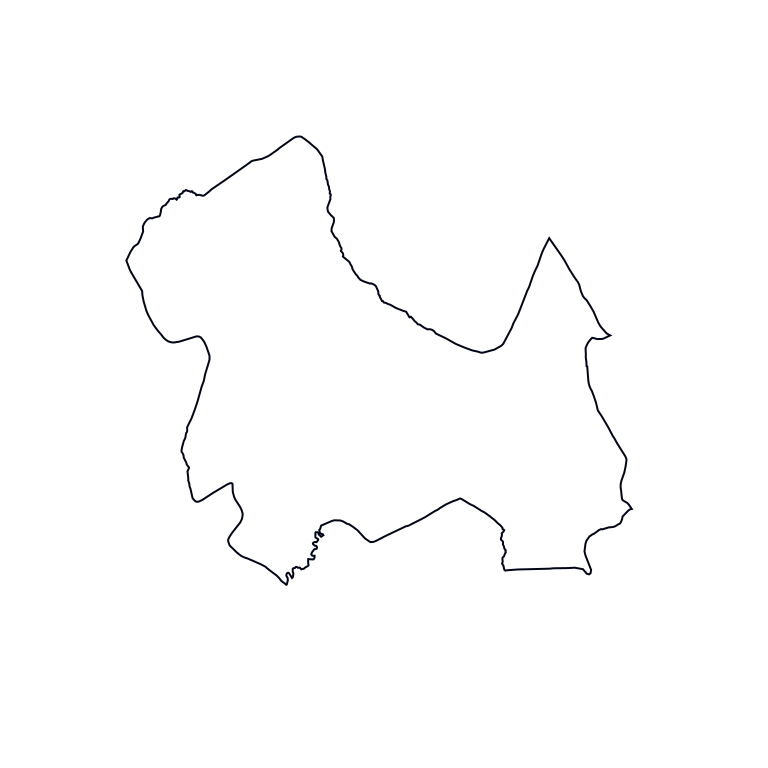 the district of Prasat Ballangk, Kâmpóng Thum, Cambodia, rotated 332°
{"feature_id": "14789045B6687253744380", "entity_name": "Prasat Ballangk", "entity_type": "district", "adm_level": 2, "iso_a3": "KHM", "parent_name": "Cambodia", "parent_adm1": "Kâmpóng Thum", "projection": "robinson", "projection_center": [104.812, 13.075], "detail": "fine", "context": "isolated", "style": "outline", "palette": "ink", "viewbox_px": 768, "rotation_deg": 332, "n_neighbors": 0, "source": "geoboundaries", "source_scale": "gbopen_adm2", "svg_char_len": 6166}
<svg xmlns="http://www.w3.org/2000/svg" viewBox="0 0 768 768"><g transform="rotate(332 384 384)"><path d="M544.1,610.7L543.6,605.8L543.0,603.2L540.8,599.8L540.2,598.5L540.3,596.8L543.1,590.0L544.4,586.3L546.2,583.2L548.6,580.5L554.5,575.1L558.4,570.5L562.4,565.0L562.9,563.5L563.1,561.1L562.0,546.3L561.9,540.1L561.6,537.4L561.7,528.1L561.1,514.4L560.4,507.8L562.4,500.1L563.6,492.9L564.3,487.3L564.2,485.5L564.5,481.9L565.4,478.5L567.0,474.6L571.7,463.9L571.2,463.4L573.1,459.4L574.7,455.1L576.4,452.1L578.2,448.2L578.9,446.9L581.6,444.6L583.9,443.1L587.6,441.5L588.7,441.3L589.4,440.9L590.4,441.6L593.3,444.4L597.9,446.7L599.6,447.0L606.6,447.3L604.3,443.8L602.2,435.0L602.0,430.5L603.0,418.8L602.9,414.4L602.3,405.1L601.4,402.7L600.9,399.9L601.4,394.5L603.0,387.8L603.0,385.0L602.3,379.7L601.5,369.6L601.4,359.7L600.9,353.9L598.3,332.8L588.0,340.0L584.9,342.5L574.9,351.8L570.3,355.1L565.8,358.8L557.5,366.6L554.4,368.8L535.2,385.4L526.7,391.2L522.8,394.6L508.2,404.5L505.5,405.3L497.8,405.5L486.8,403.0L484.5,402.0L481.5,399.0L477.7,395.8L472.5,390.0L466.2,382.3L460.2,372.9L453.5,363.8L453.0,361.0L452.0,358.9L450.3,357.2L448.0,356.1L445.9,353.1L443.5,348.4L441.9,347.2L441.5,345.0L440.5,342.7L440.1,340.1L439.3,337.2L437.8,337.1L437.5,330.6L435.0,328.1L430.4,322.7L426.7,316.9L425.2,315.4L423.9,313.5L422.1,311.9L422.0,310.4L421.2,309.8L421.2,304.8L421.7,304.3L421.2,302.2L422.4,299.6L422.8,293.8L422.3,292.4L421.0,290.3L419.8,289.0L418.8,288.8L414.5,284.2L412.1,281.0L411.2,277.4L411.3,276.0L410.6,273.9L410.1,268.3L410.8,264.7L410.6,262.7L410.7,259.9L407.5,252.2L408.5,251.2L409.1,249.3L408.4,246.2L409.5,245.4L410.2,244.1L410.0,242.5L410.3,239.4L410.8,238.1L410.6,233.7L409.5,230.8L409.4,224.3L411.0,221.8L415.1,218.1L416.3,216.7L417.2,214.9L417.6,213.6L416.3,209.7L415.5,205.7L416.0,203.7L416.8,201.7L418.2,200.3L423.4,195.7L424.3,193.8L426.0,191.7L425.5,190.4L426.8,188.3L427.1,186.1L428.0,184.1L428.2,181.5L429.6,177.7L429.4,175.7L430.3,174.2L431.5,169.6L432.6,167.0L435.1,157.7L436.3,154.2L435.1,145.2L432.1,137.8L431.8,136.7L429.1,130.7L427.1,126.9L425.8,125.9L422.6,124.5L419.8,124.3L402.8,126.5L400.7,127.0L390.9,128.3L387.5,128.4L381.9,127.9L373.2,125.3L371.0,125.1L370.1,125.4L340.5,129.2L322.6,131.2L320.8,131.8L313.9,133.1L312.5,132.8L309.9,130.4L307.8,129.4L307.1,129.4L306.8,128.8L307.0,127.6L305.8,125.9L305.3,125.5L305.2,124.1L304.9,123.6L303.6,123.7L302.9,122.6L301.7,121.7L300.2,119.7L298.2,120.1L297.5,119.6L296.9,119.8L295.8,120.8L292.7,120.8L292.1,121.0L291.4,123.0L290.7,123.1L289.2,122.4L288.0,123.7L287.4,123.9L286.9,122.6L286.2,121.7L285.3,121.2L284.5,121.5L282.7,120.4L281.8,120.2L280.8,120.5L279.5,121.6L277.3,122.3L275.3,123.4L272.3,123.2L270.9,123.8L269.5,124.8L267.6,127.4L265.6,129.7L264.5,130.4L259.0,129.1L257.0,128.9L255.3,127.6L254.3,127.5L252.2,127.6L248.9,128.9L247.0,130.1L244.9,131.9L242.9,136.3L237.5,141.1L233.7,144.0L232.2,144.8L228.5,145.1L226.5,145.8L221.8,148.6L214.5,154.0L213.2,163.7L213.2,167.6L214.1,188.4L212.4,192.1L210.5,198.4L208.5,208.2L208.2,212.6L208.3,223.9L209.3,230.7L210.4,235.3L211.1,239.7L212.1,242.5L213.7,245.3L215.7,247.3L217.9,248.7L223.1,250.5L240.8,253.9L242.7,255.1L243.3,255.7L244.2,257.1L245.0,262.0L244.8,267.2L243.5,275.6L243.1,277.3L241.3,280.7L230.4,291.7L226.5,296.5L221.5,301.0L211.6,311.4L206.0,316.8L197.8,324.1L190.5,329.3L189.6,330.2L188.4,332.7L187.6,333.8L186.6,334.2L185.5,335.3L183.7,337.8L182.5,338.9L180.4,340.4L176.0,345.1L174.1,347.5L173.5,348.8L173.7,351.4L173.4,353.2L172.6,355.0L172.5,360.8L172.0,362.5L172.6,366.2L172.1,366.9L169.5,368.8L166.7,375.9L166.0,376.8L165.1,381.2L164.5,382.4L164.1,383.9L164.0,385.4L161.4,394.9L161.9,397.5L162.5,399.1L163.4,400.1L164.8,400.8L169.1,401.1L181.6,399.9L198.4,399.1L201.4,399.3L203.0,400.1L203.3,401.1L199.8,408.4L198.8,412.7L198.5,415.2L198.6,418.1L199.2,424.4L199.1,428.4L198.4,431.7L197.7,433.3L195.2,436.5L192.0,438.8L180.6,443.8L175.6,446.5L174.5,447.3L173.0,448.7L172.5,450.2L171.9,454.0L175.0,463.8L177.1,468.6L179.2,471.5L181.7,474.1L190.6,485.3L193.6,489.8L194.4,492.1L195.7,495.1L199.3,502.7L200.3,506.2L200.9,509.5L201.8,511.8L202.6,513.1L203.4,515.4L204.0,515.4L207.0,512.1L207.9,509.8L207.7,508.1L207.9,507.2L208.4,506.4L209.5,505.6L210.7,505.6L211.2,506.0L211.4,506.9L211.7,512.1L212.6,511.9L214.8,509.2L215.2,508.4L215.2,507.4L215.6,506.2L216.7,504.3L217.8,504.2L219.1,504.6L220.1,504.1L220.9,504.4L221.8,505.9L222.8,506.2L223.6,506.9L223.7,508.0L224.0,508.8L225.5,509.1L226.3,509.5L228.4,509.0L231.6,509.0L232.3,508.6L233.2,505.9L234.9,503.0L238.9,505.6L240.1,505.5L241.2,504.7L242.1,503.1L240.6,502.3L240.0,501.6L239.8,500.3L240.6,499.4L242.2,498.4L244.9,497.2L247.2,497.8L248.0,497.1L248.3,496.0L248.2,495.1L246.9,494.2L246.2,492.0L246.5,491.2L248.0,490.8L248.7,491.0L250.3,492.0L252.7,490.8L253.0,490.0L251.4,487.3L253.6,483.1L254.3,482.8L255.5,483.6L256.1,484.4L255.8,485.9L256.0,487.1L256.8,489.4L259.5,489.0L259.4,487.9L258.2,486.9L257.6,485.3L257.9,483.8L258.5,482.3L259.6,482.0L261.3,480.2L262.1,479.5L263.3,479.6L273.8,480.5L276.1,481.0L280.9,483.7L282.0,484.6L283.4,486.2L285.7,490.0L287.4,491.6L289.7,495.8L292.0,500.9L294.8,511.7L297.8,517.2L300.4,518.4L303.0,518.8L314.1,518.9L336.4,519.9L339.1,520.6L357.4,520.9L369.2,520.1L372.9,520.2L375.2,519.8L382.3,519.4L390.2,519.9L392.8,520.4L397.5,520.8L398.8,522.4L403.4,530.3L406.1,533.9L410.3,541.4L412.4,544.5L415.4,550.6L418.0,556.6L419.0,560.1L420.3,563.2L421.1,566.4L420.6,567.7L421.6,569.4L421.0,570.0L417.8,571.2L417.4,572.4L416.5,573.7L415.1,574.8L414.2,576.2L415.0,578.8L414.8,579.7L413.7,581.5L413.6,583.8L413.0,585.7L413.4,588.0L412.9,588.3L412.4,589.9L411.4,590.4L409.0,592.5L407.5,592.8L406.6,593.7L405.3,596.7L403.9,598.1L404.2,600.3L403.3,603.4L403.1,605.0L403.8,605.9L404.9,606.1L415.1,610.6L443.5,624.8L447.0,626.2L460.2,633.0L466.1,635.7L472.7,640.9L474.0,646.8L475.8,648.4L477.6,648.0L479.6,645.4L481.4,629.9L482.5,625.8L486.7,619.9L489.0,617.5L493.8,615.1L497.6,614.6L499.3,614.8L505.2,613.9L507.5,614.0L508.4,614.8L515.0,616.1L519.1,617.8L521.7,618.2L524.6,617.9L526.7,618.0L528.2,617.3L529.5,616.2L530.8,615.1L532.3,613.1L532.8,612.9L540.5,610.4L542.6,610.2L544.1,610.7Z" fill="none" stroke="#020617" stroke-width="2"/></g></svg>